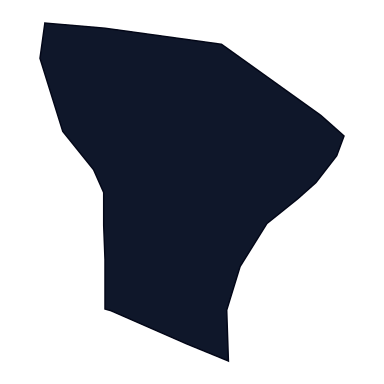 33, Ad Dawhah, Qatar
{"feature_id": "91078587B4294922321935", "entity_name": "33", "entity_type": "district", "adm_level": 2, "iso_a3": "QAT", "parent_name": "Qatar", "parent_adm1": "Ad Dawhah", "projection": "albers", "projection_center": [51.491, 25.326], "detail": "fine", "context": "isolated", "style": "filled", "palette": "ink", "viewbox_px": 384, "rotation_deg": 0, "n_neighbors": 0, "source": "geoboundaries", "source_scale": "gbopen_adm2", "svg_char_len": 468}
<svg xmlns="http://www.w3.org/2000/svg" viewBox="0 0 384 384"><path d="M341.9,134.1L320.8,115.4L221.5,44.3L104.8,28.2L46.4,23.2L45.4,23.1L44.9,23.0L40.0,58.3L62.8,131.4L93.6,169.7L103.7,192.5L103.7,225.4L105.0,259.6L105.0,309.0L107.1,309.6L107.4,309.7L110.7,310.6L187.2,344.1L228.2,360.9L228.4,361.0L226.7,310.1L240.1,266.5L266.9,223.5L297.8,198.7L315.9,182.6L336.7,155.7L344.0,136.0L342.9,135.0L341.9,134.1Z" fill="#0f172a" stroke="#020617" stroke-width="1.5"/></svg>